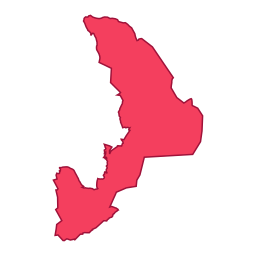 outline of San Ildefonso Villa Alta, Oaxaca, Mexico
{"feature_id": "50627088B33272492236803", "entity_name": "San Ildefonso Villa Alta", "entity_type": "district", "adm_level": 2, "iso_a3": "MEX", "parent_name": "Mexico", "parent_adm1": "Oaxaca", "projection": "mercator", "projection_center": [-96.154, 17.373], "detail": "fine", "context": "isolated", "style": "filled", "palette": "rose", "viewbox_px": 256, "rotation_deg": 0, "n_neighbors": 0, "source": "geoboundaries", "source_scale": "gbopen_adm2", "svg_char_len": 5069}
<svg xmlns="http://www.w3.org/2000/svg" viewBox="0 0 256 256"><path d="M59.5,167.9L59.9,168.5L60.4,169.1L60.4,170.2L60.3,170.9L59.5,170.8L59.6,171.6L59.6,172.9L59.3,173.4L58.0,173.6L56.8,173.2L56.1,175.1L57.0,179.0L53.4,180.1L58.0,188.8L57.4,189.8L55.9,190.0L57.6,197.2L57.8,207.9L55.7,209.6L61.8,220.6L56.7,224.5L56.2,228.8L55.1,235.4L58.0,235.0L63.0,240.5L64.3,240.6L66.6,238.9L67.5,239.0L70.4,240.0L74.6,239.1L74.9,239.7L75.3,239.3L80.3,234.2L82.7,234.1L82.8,233.2L84.4,232.6L86.8,232.7L89.3,232.7L91.0,230.9L92.6,229.8L92.4,229.4L93.4,228.9L95.9,227.8L98.7,225.3L103.7,220.7L106.7,220.9L107.4,219.7L108.9,218.6L109.3,217.9L111.8,217.1L112.8,215.8L112.6,215.1L113.5,213.8L113.8,213.9L114.1,213.6L114.7,212.9L115.1,212.3L116.0,211.7L116.4,211.4L117.1,211.0L117.4,210.6L117.8,210.1L118.3,210.0L118.0,209.4L117.7,209.1L116.5,208.4L116.1,208.0L115.7,208.0L114.5,207.5L112.7,206.8L111.8,206.5L110.4,206.7L110.1,206.9L109.8,207.0L112.1,201.8L112.9,200.0L114.2,197.1L115.3,194.7L116.4,192.1L116.8,192.0L119.8,190.7L122.6,189.5L126.3,187.9L128.0,187.6L136.2,186.3L136.8,180.2L139.9,174.9L141.5,168.5L144.3,157.2L192.7,154.4L200.5,141.7L202.0,130.9L202.0,130.7L202.6,115.8L197.7,108.2L194.1,106.4L192.3,105.6L192.1,104.8L192.1,103.1L192.0,101.2L191.7,99.3L191.2,98.7L190.0,99.1L188.6,99.9L186.7,101.1L185.5,102.1L183.8,103.0L183.7,102.9L176.8,97.6L171.1,87.8L171.2,87.2L171.3,85.7L171.6,83.9L171.8,82.4L171.8,80.9L172.0,80.0L172.3,78.8L172.7,78.4L173.3,77.7L163.1,62.7L152.4,46.9L141.7,38.6L140.5,38.7L138.9,39.1L138.2,40.2L137.0,40.6L135.7,37.5L135.2,35.7L134.8,33.7L133.6,31.5L131.6,27.8L129.4,26.2L127.7,24.4L126.0,23.1L125.2,22.7L123.4,22.9L119.6,21.9L118.5,21.5L117.5,19.7L115.4,18.8L112.4,18.3L110.0,18.5L107.6,17.2L104.6,17.0L102.6,17.5L101.4,18.2L99.1,18.6L96.8,18.3L94.8,17.8L92.6,17.0L90.5,15.4L88.7,15.9L87.9,17.0L86.9,17.1L85.7,16.9L84.8,17.6L84.1,18.4L84.0,19.7L83.5,21.0L84.1,22.0L84.8,23.3L85.6,25.5L86.2,27.0L87.2,28.8L87.7,29.7L87.9,30.4L89.1,31.3L90.2,32.4L91.0,33.7L90.8,34.8L91.4,34.9L91.9,34.0L92.3,33.3L93.1,33.5L93.6,33.4L93.9,33.8L94.8,36.0L96.0,38.1L96.3,39.4L96.8,41.4L97.0,42.0L97.1,45.2L96.6,46.0L96.5,47.7L96.6,49.2L97.1,50.5L97.6,51.2L98.0,52.0L98.5,52.9L99.0,53.9L99.3,54.8L99.5,55.5L99.7,55.9L99.8,56.8L99.9,57.3L99.9,57.7L99.9,58.6L99.1,62.4L111.4,68.3L110.6,82.6L120.5,92.5L119.7,93.4L118.9,94.0L117.5,94.9L117.3,95.0L118.7,95.2L119.2,95.3L119.4,95.3L120.1,95.3L120.3,95.5L123.0,100.5L122.5,101.7L122.4,103.6L121.7,104.8L119.9,108.6L119.7,109.9L118.4,112.1L118.9,113.3L119.2,116.0L120.4,117.6L119.9,118.9L120.4,120.5L120.6,121.2L120.6,122.2L121.6,124.6L122.3,126.4L122.7,127.7L123.8,127.4L125.0,127.2L125.4,127.6L125.9,127.8L126.2,127.7L127.0,127.4L127.3,127.4L128.1,127.4L128.6,127.8L129.1,128.0L129.8,127.8L128.8,129.6L129.0,130.2L129.9,130.4L126.2,135.8L123.9,139.7L121.2,139.2L121.3,139.7L122.7,141.4L123.1,142.4L123.2,143.1L122.5,143.4L121.6,146.0L120.9,145.8L120.2,146.0L118.8,145.8L117.8,145.7L117.4,146.0L117.5,146.5L117.0,146.8L116.1,147.4L113.5,149.2L111.0,151.0L109.6,154.0L109.5,150.6L111.9,147.1L109.6,145.9L104.3,144.3L104.5,144.8L104.7,145.2L105.0,146.3L105.0,146.6L105.2,147.2L105.5,147.8L105.8,148.3L105.8,148.8L105.5,149.3L105.0,149.7L104.3,150.1L104.4,150.9L104.7,152.3L104.4,153.4L104.2,154.4L105.7,152.4L105.7,153.3L105.3,154.8L104.5,155.9L104.1,157.0L103.7,157.5L104.7,157.6L105.0,158.5L105.7,159.0L106.1,158.3L106.1,157.3L106.5,157.6L106.7,158.4L106.5,159.7L106.9,160.4L107.5,161.3L107.2,162.5L107.4,164.0L107.3,165.2L107.2,165.4L107.1,165.5L106.9,165.7L106.7,165.7L106.4,166.0L106.5,166.4L106.5,166.5L106.8,166.9L106.9,167.0L107.0,167.2L107.1,167.3L107.2,167.5L107.2,167.8L107.2,168.0L107.0,168.4L106.8,168.7L106.6,169.0L106.4,169.2L106.3,169.3L106.3,169.5L106.3,170.2L106.3,170.4L106.3,170.6L106.3,170.8L106.3,171.0L106.4,171.3L106.4,171.7L106.5,171.8L106.5,172.0L106.6,172.3L106.8,172.5L106.9,172.9L107.0,173.0L107.1,173.3L107.2,173.5L107.0,173.2L106.9,173.1L106.7,172.9L106.5,172.7L106.4,172.6L106.2,172.5L105.9,172.4L105.8,172.2L105.7,172.2L105.3,172.0L105.2,172.0L104.9,171.9L104.7,172.0L104.6,172.3L104.6,172.6L104.7,172.8L104.5,173.1L104.5,173.3L104.5,173.7L104.6,173.9L104.5,174.0L104.4,174.1L104.1,174.3L103.9,174.6L103.7,174.8L103.6,175.0L103.4,175.2L103.4,175.3L103.4,175.6L103.5,175.8L103.8,176.0L104.2,176.6L104.3,176.8L104.4,177.1L104.3,177.5L104.2,177.7L103.9,178.4L103.4,178.7L102.5,179.1L101.7,179.0L101.2,178.9L100.3,179.1L99.7,179.0L99.2,178.9L98.7,178.8L98.3,178.9L97.8,178.6L97.6,179.3L97.1,181.0L96.9,182.5L96.8,183.8L96.7,185.3L96.9,187.2L97.8,188.6L97.3,188.9L96.1,189.1L94.0,189.7L92.3,188.6L91.3,188.5L90.7,188.3L89.7,188.3L89.2,188.2L88.6,188.4L87.4,188.2L86.5,188.1L85.5,187.8L84.0,188.0L83.6,187.9L82.2,187.3L82.9,187.0L83.7,186.5L83.4,186.2L82.4,185.5L81.4,184.6L80.5,183.0L79.8,181.7L78.9,180.5L78.5,179.1L78.0,178.0L77.3,176.9L76.9,176.0L76.2,174.7L75.3,173.1L74.7,171.9L74.3,171.0L73.6,170.0L73.1,169.6L71.9,168.9L70.5,168.4L68.7,167.3L67.3,166.9L65.7,166.9L64.3,167.0L62.8,167.1L61.7,167.5L60.6,167.6L59.6,167.6L59.5,167.9Z" fill="#f43f5e" stroke="#9f1239" stroke-width="1.5"/></svg>